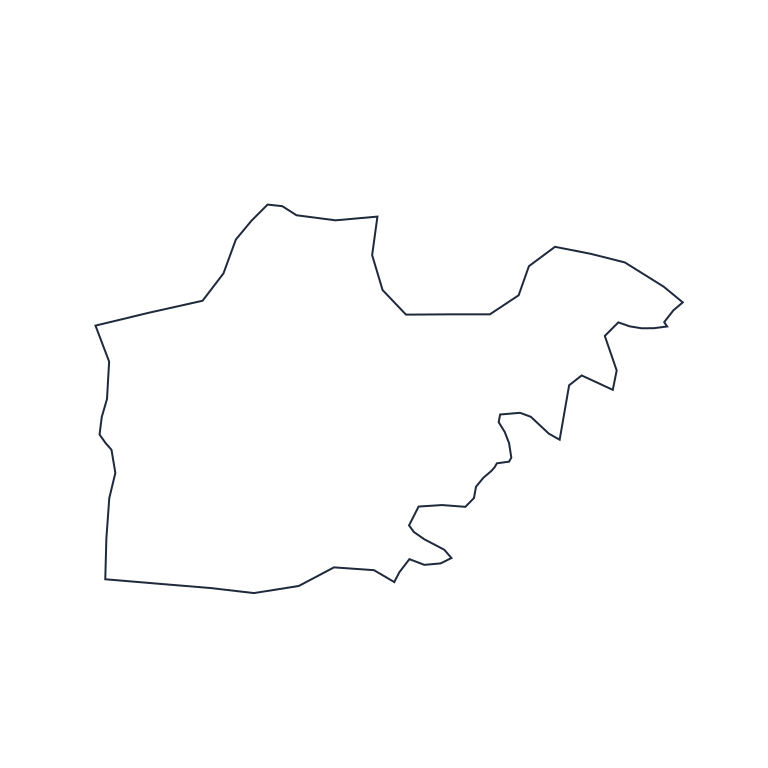 SVG path tracing the border of Ağdaş, rotated 260°
{"feature_id": "AZE-1692", "entity_name": "Ağdaş", "entity_type": "District", "adm_level": 1, "iso_a3": "AZE", "parent_name": "Azerbaijan", "parent_adm1": "", "projection": "equal_earth", "projection_center": [47.384, 40.544], "detail": "fine", "context": "isolated", "style": "outline", "palette": "slate", "viewbox_px": 768, "rotation_deg": 260, "n_neighbors": 0, "source": "natural_earth", "source_scale": "10m", "svg_char_len": 1145}
<svg xmlns="http://www.w3.org/2000/svg" viewBox="0 0 768 768"><g transform="rotate(260 384 384)"><path d="M489.4,576.2L476.3,610.2L461.9,642.3L431.1,676.5L412.5,692.4L406.3,681.8L396.3,670.7L391.5,672.8L392.1,659.3L394.2,647.2L398.1,636.0L404.0,625.5L393.0,609.8L356.9,615.5L338.5,608.3L358.1,580.1L350.6,566.1L298.6,547.3L306.5,537.7L326.2,522.9L332.0,513.0L333.8,493.1L326.5,490.3L315.7,494.6L304.1,496.9L289.4,496.6L285.8,493.7L286.3,481.4L282.9,478.6L279.7,474.6L274.5,465.7L266.9,456.8L256.1,452.8L248.9,442.8L254.7,420.2L257.3,396.8L240.4,384.1L233.1,387.7L224.0,396.8L210.3,414.6L200.9,420.2L197.5,408.6L198.9,392.3L207.1,378.6L195.9,366.4L188.1,360.4L187.1,359.8L202.4,341.8L212.1,302.9L199.9,265.0L200.7,219.5L213.3,177.3L226.6,126.7L240.1,75.6L279.8,83.7L319.2,93.6L343.1,104.0L366.5,104.2L374.1,99.6L383.6,95.1L400.5,100.3L417.3,108.6L453.8,117.2L491.6,110.0L495.0,164.8L497.5,219.8L520.8,245.1L552.0,263.2L567.8,281.8L580.9,300.5L576.8,314.7L565.4,327.1L553.6,364.7L550.0,406.6L513.0,394.7L476.8,398.9L448.5,417.7L440.8,463.1L434.2,500.3L448.0,532.0L474.9,547.2L489.4,576.2Z" fill="none" stroke="#1e293b" stroke-width="2"/></g></svg>